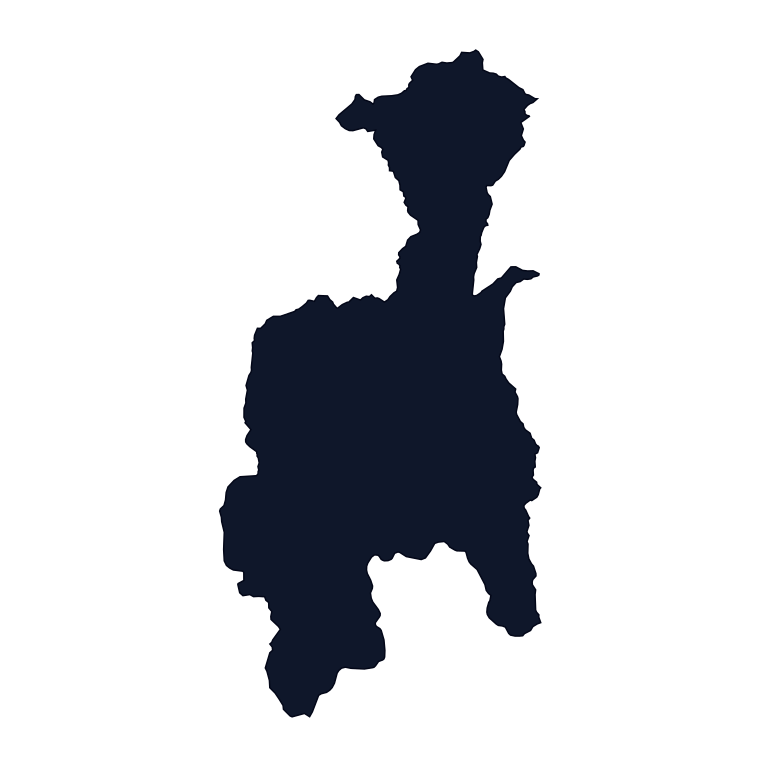 Sephu, Wangdi Phodrang, Bhutan (Mercator projection), rotated 176°
{"feature_id": "84629894B46369829894621", "entity_name": "Sephu", "entity_type": "district", "adm_level": 2, "iso_a3": "BTN", "parent_name": "Bhutan", "parent_adm1": "Wangdi Phodrang", "projection": "mercator", "projection_center": [90.34, 27.763], "detail": "fine", "context": "isolated", "style": "filled", "palette": "ink", "viewbox_px": 768, "rotation_deg": 176, "n_neighbors": 0, "source": "geoboundaries", "source_scale": "gbopen_adm2", "svg_char_len": 6152}
<svg xmlns="http://www.w3.org/2000/svg" viewBox="0 0 768 768"><g transform="rotate(176 384 384)"><path d="M498.9,58.4L486.3,60.9L481.4,57.3L478.3,62.0L470.9,78.0L468.2,79.4L462.8,80.4L459.4,82.4L456.9,84.8L454.3,89.0L450.9,98.9L449.0,101.4L446.2,103.5L442.3,104.2L436.8,102.7L423.5,101.1L415.4,101.8L413.8,102.1L412.1,103.5L408.8,107.6L404.6,108.8L403.3,109.7L402.4,111.6L401.7,118.2L401.9,128.7L404.0,138.4L405.2,140.3L408.4,142.6L409.3,144.1L409.4,146.4L404.8,152.0L404.0,153.4L403.8,155.4L405.4,159.4L410.4,167.3L411.7,171.2L412.1,176.5L409.9,180.9L409.5,183.3L411.0,189.2L413.9,196.1L414.4,199.6L414.0,203.4L412.6,206.6L408.5,212.2L405.4,214.2L402.1,213.7L400.8,212.5L399.0,209.2L397.6,208.3L396.1,207.6L392.3,207.5L389.1,208.6L388.0,209.6L385.2,214.4L381.8,215.5L380.0,214.9L373.8,210.3L359.1,206.3L354.8,207.6L349.2,214.3L344.5,221.5L340.8,222.5L334.9,222.7L331.6,219.8L329.8,216.7L324.7,213.3L322.9,212.5L314.9,211.7L313.9,210.4L312.8,204.5L311.5,200.7L310.0,198.4L304.1,192.5L297.3,176.9L296.4,171.0L294.3,167.7L292.1,165.7L293.5,160.4L294.7,158.9L296.7,153.3L297.3,149.3L297.0,146.9L295.3,143.4L288.8,136.7L286.8,135.2L282.8,134.4L279.9,133.0L277.0,126.5L275.3,124.7L270.8,123.4L266.2,123.1L263.2,123.2L261.3,125.2L255.0,127.9L252.4,131.6L247.8,134.0L244.3,135.0L245.9,140.7L245.6,142.9L247.7,145.7L248.5,147.9L248.0,163.4L247.1,168.1L250.0,173.4L250.0,176.2L249.2,178.5L245.8,181.9L245.7,184.3L247.6,191.9L249.4,194.3L251.7,199.4L252.4,205.2L251.5,214.3L252.3,216.9L249.9,222.7L251.4,225.3L251.7,226.9L249.3,232.9L249.9,237.9L248.0,240.1L249.0,241.7L251.4,248.3L252.8,250.3L253.0,252.9L250.9,255.1L246.3,258.0L244.7,257.4L239.5,260.4L237.9,262.8L236.0,268.4L234.9,269.5L238.4,273.2L238.6,275.4L242.0,278.6L242.9,280.7L241.3,282.7L241.3,287.3L240.8,289.5L238.9,290.7L238.9,296.4L238.0,299.9L238.4,303.5L235.6,304.7L233.6,309.7L234.3,311.2L235.6,311.9L237.0,313.7L238.2,317.5L240.5,319.7L241.7,324.7L246.2,328.5L247.6,331.0L248.1,334.6L250.6,337.1L253.8,344.3L254.1,346.7L252.1,354.1L251.4,360.0L251.7,361.9L253.9,366.8L253.0,369.8L259.5,376.4L261.9,380.4L263.0,383.3L265.5,385.8L266.0,389.7L265.3,395.6L265.6,398.7L267.0,403.2L263.8,410.5L261.9,418.2L261.4,428.4L260.6,430.5L260.5,432.7L259.4,435.2L259.5,450.9L256.9,461.5L251.5,467.8L249.3,472.0L245.1,476.0L240.9,476.7L237.3,479.0L233.7,478.4L230.1,478.7L227.7,480.4L223.3,481.1L221.9,481.9L221.6,483.1L227.3,486.5L232.7,486.7L237.9,487.7L244.3,491.7L249.2,492.0L259.5,481.6L263.2,480.9L268.3,476.2L279.8,469.8L280.9,468.4L285.2,465.9L287.5,465.5L289.6,466.4L289.6,467.9L287.2,481.5L287.2,484.5L286.4,487.8L283.4,493.8L283.4,498.7L281.9,504.8L282.3,506.6L279.1,512.3L277.5,516.5L278.1,519.9L277.6,524.4L276.8,525.4L276.0,528.2L273.5,533.3L271.6,534.9L269.4,535.1L269.5,536.5L270.9,538.6L270.8,541.2L268.8,542.7L267.3,545.8L266.3,549.9L263.6,555.9L264.9,563.6L266.8,565.7L267.8,567.8L268.5,573.2L267.7,574.8L263.4,574.4L261.7,574.8L258.8,578.6L255.7,580.2L252.4,583.0L248.9,587.4L243.5,598.3L237.8,604.0L232.0,608.8L230.8,610.8L228.5,611.3L227.7,612.2L226.4,615.5L227.9,617.5L229.7,622.2L227.2,628.7L229.3,635.3L220.3,640.8L220.6,641.4L223.0,642.1L224.7,644.1L224.3,645.6L225.3,648.1L221.4,651.9L218.8,653.5L215.8,654.4L211.2,657.8L213.5,658.1L219.4,662.2L222.0,662.9L223.1,663.7L224.9,668.0L228.7,670.2L238.6,679.2L241.1,680.8L242.0,682.3L245.2,682.0L248.5,683.1L250.4,685.3L253.3,686.4L257.0,686.9L263.5,690.4L263.5,697.6L262.6,700.9L266.7,708.8L269.2,710.7L271.1,709.5L275.3,708.3L283.4,709.4L285.4,706.0L292.5,700.2L293.6,699.9L299.0,699.8L303.7,700.9L307.2,699.5L309.3,699.3L317.8,700.9L326.6,698.2L330.6,695.4L335.6,688.6L334.2,685.0L337.7,682.1L338.4,680.7L338.5,678.1L340.4,677.1L341.5,675.2L343.2,675.1L346.3,672.8L349.9,671.5L356.3,671.0L366.1,671.2L369.8,670.5L373.6,668.4L374.3,665.2L375.4,664.0L378.3,666.5L383.8,668.8L388.8,674.5L391.4,674.6L392.5,672.9L393.1,669.8L396.5,665.6L410.1,655.7L413.3,652.1L410.0,648.1L408.5,644.6L404.8,641.4L401.0,639.3L397.3,638.9L386.7,641.0L384.3,639.9L382.6,637.1L374.6,637.8L376.5,633.5L377.1,629.2L373.2,622.1L370.1,620.1L368.8,618.3L370.1,615.5L369.5,610.6L364.3,606.9L364.0,604.2L364.4,602.1L363.4,599.6L363.6,596.4L360.5,595.8L359.7,595.1L358.3,589.2L355.0,585.8L354.2,581.2L354.4,576.6L351.3,574.4L351.1,570.1L349.8,569.2L349.3,567.7L351.2,563.8L349.7,560.9L347.7,559.1L348.3,555.3L348.0,553.7L345.8,550.6L338.6,544.9L338.8,540.7L336.8,535.1L337.9,532.7L340.7,531.1L346.9,529.1L350.4,525.9L352.7,519.8L356.0,517.8L360.1,514.0L360.4,511.8L359.3,509.9L359.4,508.3L362.7,505.6L362.3,503.5L361.0,502.7L359.8,500.8L360.2,499.2L359.4,497.3L361.2,492.2L364.0,486.9L363.7,479.3L364.9,475.7L367.7,474.3L371.9,470.8L374.2,467.8L377.9,465.7L383.0,469.6L384.6,470.3L387.1,470.2L390.3,473.9L392.4,472.2L395.6,472.8L399.1,471.5L401.6,469.4L408.5,472.4L413.5,468.1L415.0,468.1L420.1,466.1L425.1,462.8L425.9,463.2L428.9,467.2L429.5,469.3L432.2,472.0L434.2,475.8L443.3,476.8L445.3,474.9L447.7,471.3L452.2,472.7L453.8,472.7L455.8,470.1L460.2,466.9L463.9,464.6L466.5,464.2L468.1,462.6L482.8,458.7L489.7,459.2L496.5,455.7L498.3,452.3L503.2,448.1L506.4,448.4L509.7,441.7L510.3,438.5L510.1,436.4L512.6,434.3L512.5,429.4L513.1,426.2L512.7,424.1L515.2,409.8L515.2,407.0L515.9,404.9L518.1,402.0L521.7,392.1L520.7,387.4L523.0,378.5L523.1,374.7L525.3,369.7L526.0,360.5L524.5,356.4L525.3,355.0L519.9,347.8L524.2,342.2L525.9,338.3L526.0,335.9L525.0,333.9L522.2,330.8L515.8,325.4L515.7,323.2L515.2,322.2L515.7,321.1L514.6,319.1L514.0,314.0L515.5,310.4L514.9,306.7L515.6,305.8L515.9,303.2L517.6,301.4L534.1,301.5L540.2,298.3L546.8,292.2L549.0,286.8L550.2,279.3L552.1,273.9L556.0,270.7L556.8,268.7L555.5,262.4L555.5,258.0L553.7,247.2L555.5,230.1L555.7,218.7L553.8,214.0L550.8,211.2L547.3,209.0L537.8,207.1L537.0,205.8L537.5,197.8L543.5,195.1L543.8,194.1L542.5,185.8L539.5,182.7L532.5,183.3L529.0,181.0L523.8,180.9L517.9,180.1L516.9,176.5L514.3,174.1L514.5,168.7L511.8,164.9L513.1,160.0L513.1,157.0L506.2,149.5L504.5,146.5L512.8,136.5L514.0,134.1L516.0,132.6L513.8,129.4L513.7,126.1L516.6,123.9L522.2,109.0L520.8,105.6L519.0,96.3L519.1,89.0L514.2,83.3L510.8,77.4L507.1,70.4L507.0,66.5L500.8,59.4L498.9,58.4Z" fill="#0f172a" stroke="#020617" stroke-width="1.5"/></g></svg>